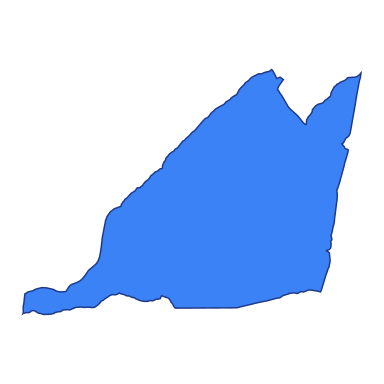 the district of Tisaleo, Tungurahua, Ecuador
{"feature_id": "8360857B823186733653", "entity_name": "Tisaleo", "entity_type": "district", "adm_level": 2, "iso_a3": "ECU", "parent_name": "Ecuador", "parent_adm1": "Tungurahua", "projection": "mercator", "projection_center": [-78.685, -1.36], "detail": "fine", "context": "isolated", "style": "filled", "palette": "blue", "viewbox_px": 384, "rotation_deg": 0, "n_neighbors": 0, "source": "geoboundaries", "source_scale": "gbopen_adm2", "svg_char_len": 5896}
<svg xmlns="http://www.w3.org/2000/svg" viewBox="0 0 384 384"><path d="M45.9,314.4L49.1,314.2L50.4,314.2L52.5,313.8L52.7,313.7L53.7,313.5L55.0,312.6L56.9,312.1L57.5,311.9L60.6,311.6L61.4,311.2L61.9,310.7L62.5,310.1L64.9,309.8L67.6,309.7L69.4,309.9L70.4,309.8L71.4,309.3L72.2,308.8L72.9,308.5L73.9,308.3L74.1,308.0L74.6,307.7L74.9,307.6L76.4,307.4L77.4,307.2L79.5,307.2L80.1,307.0L80.8,307.0L83.1,307.3L83.6,307.4L84.3,307.3L85.6,307.4L86.8,307.2L88.1,307.2L89.2,307.1L91.1,307.5L92.1,307.5L93.0,307.5L94.7,307.2L95.3,306.8L95.8,306.4L96.5,306.0L97.0,305.7L97.4,305.3L99.8,303.1L100.5,302.3L100.6,301.8L101.0,301.3L103.5,300.0L104.6,299.1L106.9,297.6L108.0,296.8L109.1,296.1L110.3,295.3L112.6,294.6L113.1,294.6L114.2,294.8L115.5,294.8L117.1,294.3L119.2,293.1L119.6,293.1L120.5,293.7L124.8,294.8L126.2,295.7L126.8,295.8L129.5,296.0L130.1,296.5L132.6,297.6L134.2,297.5L134.8,298.0L135.2,298.5L138.2,299.8L139.4,300.3L142.2,301.1L142.8,301.1L144.3,301.4L145.9,301.4L147.6,301.3L148.6,301.1L149.2,300.7L149.8,300.6L152.9,300.8L154.1,300.3L156.1,299.2L156.6,299.1L157.0,299.0L157.4,299.1L158.2,299.2L158.8,299.0L159.9,298.8L160.3,298.4L160.7,297.6L161.2,296.1L161.4,295.8L161.8,295.8L162.3,295.9L162.9,296.3L163.3,296.5L164.6,296.7L165.9,297.5L166.5,297.6L167.2,297.6L167.7,297.8L168.1,297.9L169.1,298.8L170.0,300.1L170.5,301.0L170.8,301.8L171.2,302.3L171.8,302.9L172.4,303.7L172.9,304.4L173.1,304.9L173.5,305.9L174.2,306.9L175.1,307.8L175.4,308.1L236.8,307.8L238.4,307.4L241.8,306.5L246.1,305.5L251.2,304.3L256.4,303.0L259.1,302.4L263.8,301.4L267.1,300.8L276.0,298.4L277.8,298.0L278.5,298.0L279.9,297.8L281.5,296.7L282.4,296.0L283.5,295.4L289.2,293.7L289.2,293.2L291.4,293.2L291.9,293.0L293.1,292.8L295.5,293.1L296.7,293.5L297.7,293.4L298.1,293.2L299.5,292.4L299.8,292.1L300.3,291.9L301.6,291.7L302.1,291.7L303.1,292.0L303.9,291.8L304.6,291.6L305.5,291.3L307.4,290.4L307.8,290.1L311.5,290.0L311.8,290.2L313.1,290.3L313.8,290.6L316.5,290.9L320.6,291.9L321.6,289.4L325.4,276.7L328.5,267.7L328.9,267.3L329.0,267.1L329.1,266.8L328.9,266.6L329.3,265.4L329.5,264.3L329.8,262.8L330.0,261.9L330.1,260.7L329.4,252.9L328.0,251.6L327.3,251.4L326.6,251.0L326.4,250.6L326.6,250.4L328.9,249.7L329.8,249.1L330.5,248.1L330.9,246.8L331.1,244.0L330.8,242.2L330.8,241.4L331.5,240.4L331.9,239.2L331.8,238.6L331.4,237.3L331.1,235.4L331.5,234.1L332.4,230.3L333.2,226.5L334.2,222.9L334.8,216.6L335.2,214.0L335.4,212.1L335.6,210.7L336.3,204.9L336.8,201.3L337.0,200.4L337.3,193.9L336.9,191.5L336.8,190.2L337.7,188.3L340.1,180.9L340.6,178.4L341.4,175.8L343.9,166.6L344.8,162.7L345.4,160.9L347.7,153.1L348.2,150.6L348.2,149.9L347.6,149.4L345.4,148.7L344.8,148.1L344.4,147.0L343.1,145.3L342.0,144.1L341.9,143.7L342.7,143.4L343.2,143.0L344.1,141.8L344.8,140.2L346.0,138.2L346.6,137.7L347.2,137.3L347.7,137.1L348.9,135.8L349.8,134.0L350.2,132.7L350.8,129.6L352.4,120.4L353.0,116.9L355.3,104.2L355.9,100.0L356.9,94.2L357.6,90.3L359.3,81.3L360.3,77.8L361.0,72.9L360.7,73.2L359.7,74.6L356.9,76.6L354.8,77.3L353.2,77.2L348.4,77.6L347.4,77.9L346.2,79.4L344.6,80.5L339.8,82.5L339.0,83.3L337.0,84.2L336.6,84.6L336.1,85.4L334.1,87.0L333.8,87.8L332.1,90.8L331.0,93.2L331.0,94.0L330.4,96.3L329.9,96.8L329.1,97.1L327.7,98.6L326.7,99.3L325.1,100.2L323.3,102.6L322.5,103.1L319.0,104.0L318.3,104.2L315.7,105.8L312.4,109.6L312.2,111.5L311.2,113.5L310.3,114.8L308.1,117.1L306.5,120.4L306.4,123.6L306.1,124.4L305.3,124.3L304.7,124.0L302.6,122.0L301.4,120.4L298.7,117.0L298.0,116.2L296.9,115.0L295.4,113.7L290.5,109.3L288.4,107.0L282.3,96.5L281.6,95.3L280.3,93.8L278.8,91.1L277.5,89.8L278.4,86.7L282.3,81.0L283.4,79.7L281.2,77.9L280.3,77.3L279.8,77.3L277.3,78.4L276.7,78.5L274.6,74.1L272.8,70.8L271.7,69.5L270.9,70.0L270.3,70.8L268.7,71.6L266.0,72.0L265.3,72.4L263.8,72.7L261.9,73.8L260.8,73.9L258.7,73.8L257.4,74.3L256.4,75.0L254.6,75.7L251.4,77.6L249.9,79.0L248.7,80.5L246.1,82.2L244.6,83.7L244.2,84.6L242.9,85.7L239.6,89.2L236.5,94.9L235.3,95.2L233.4,96.5L232.5,97.0L231.2,98.0L229.9,99.7L228.2,100.6L227.3,101.1L225.9,102.0L225.2,103.0L223.9,104.4L219.3,106.8L215.7,108.9L213.0,111.6L211.0,113.2L208.2,117.2L205.4,118.5L203.4,120.4L202.8,121.2L202.2,121.9L199.0,125.5L195.5,129.7L194.7,130.7L193.9,131.3L193.0,131.6L192.3,132.4L191.7,132.8L189.6,135.4L189.2,135.7L186.0,138.5L184.8,140.0L184.2,140.5L182.7,141.2L179.3,145.6L178.6,146.3L177.7,147.7L174.9,149.4L174.0,150.9L173.5,151.3L172.1,152.0L170.4,153.3L169.2,154.2L168.6,155.2L166.0,158.1L165.7,158.7L165.5,160.1L165.3,160.7L164.3,161.4L162.4,165.9L162.5,166.6L162.4,168.1L162.1,168.5L160.3,168.8L159.7,169.1L158.0,170.8L157.9,170.8L155.8,171.8L155.1,172.0L152.6,174.5L151.3,175.3L150.6,176.1L149.4,178.2L148.5,179.3L146.5,180.9L146.0,181.1L144.9,182.2L143.4,184.1L142.8,185.1L141.4,186.5L140.8,186.8L139.9,187.7L138.2,187.6L137.3,187.9L136.8,188.3L135.3,190.7L130.9,193.5L126.9,198.0L124.9,199.4L123.8,201.3L123.2,201.7L121.6,204.1L121.0,205.8L120.9,206.4L118.8,207.1L116.4,208.0L114.4,208.7L112.5,210.2L110.6,211.6L110.4,211.8L109.3,213.3L107.0,216.6L106.2,219.0L105.5,220.6L105.3,222.1L102.7,235.5L102.3,237.6L101.7,243.1L101.2,247.5L100.7,250.7L99.7,256.5L98.3,260.5L96.6,263.3L94.5,265.4L89.7,269.4L88.4,270.5L86.6,273.4L83.8,277.1L82.2,278.9L80.6,280.4L78.8,281.6L76.1,282.8L71.8,284.4L70.1,285.4L68.1,288.0L66.5,290.7L66.1,291.4L64.3,291.7L61.4,291.9L59.3,291.7L57.9,291.5L56.1,291.0L54.5,290.0L54.0,289.7L53.0,289.4L52.1,289.1L48.8,288.4L48.1,288.2L46.0,287.8L45.6,287.8L42.0,287.6L38.5,288.4L36.5,289.0L35.8,289.1L35.5,289.3L32.8,290.8L32.0,291.0L28.7,291.7L27.0,292.5L25.5,293.8L24.9,293.9L24.6,296.1L24.4,298.1L24.4,298.3L23.9,302.9L23.4,305.4L23.2,306.4L23.3,311.6L23.2,313.1L23.0,313.6L23.3,313.4L25.6,312.8L25.9,312.7L28.8,312.6L29.3,312.5L29.7,312.4L31.1,311.2L31.8,310.8L32.4,310.7L33.3,310.6L33.6,310.6L35.2,311.1L36.8,312.2L37.4,312.6L38.8,313.2L39.3,313.4L41.3,313.6L42.2,314.1L43.6,314.5L45.4,314.4L45.9,314.4Z" fill="#3b82f6" stroke="#1e3a8a" stroke-width="1.5"/></svg>